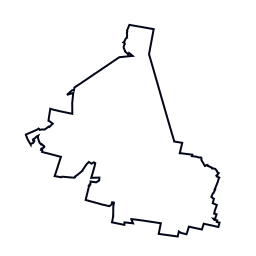 El Llano, Aguascalientes, Mexico (Natural Earth projection), rotated 276°
{"feature_id": "50627088B57230775493206", "entity_name": "El Llano", "entity_type": "district", "adm_level": 2, "iso_a3": "MEX", "parent_name": "Mexico", "parent_adm1": "Aguascalientes", "projection": "natural_earth1", "projection_center": [-102.052, 21.929], "detail": "fine", "context": "isolated", "style": "outline", "palette": "ink", "viewbox_px": 256, "rotation_deg": 276, "n_neighbors": 0, "source": "geoboundaries", "source_scale": "gbopen_adm2", "svg_char_len": 4320}
<svg xmlns="http://www.w3.org/2000/svg" viewBox="0 0 256 256"><g transform="rotate(276 128 128)"><path d="M92.6,222.9L93.0,221.8L94.3,221.0L95.7,219.9L96.5,218.9L96.7,216.7L97.1,215.9L97.1,215.6L97.3,215.3L97.2,215.3L97.4,215.1L98.0,213.5L98.5,211.7L98.8,211.7L99.0,210.7L99.5,210.7L99.0,209.3L98.9,209.3L98.5,209.0L98.3,208.8L98.2,208.5L103.8,204.4L104.5,204.2L105.0,204.4L105.7,204.1L106.3,203.7L106.1,201.3L106.5,200.0L106.6,199.4L106.7,194.5L108.2,194.7L108.4,184.0L108.3,182.1L118.9,183.5L119.4,175.4L119.5,175.4L132.1,170.2L133.5,169.6L157.4,159.9L159.6,159.0L185.6,148.5L203.6,141.2L229.0,143.2L230.7,118.6L224.7,116.8L223.7,117.3L222.6,116.9L221.4,117.2L221.0,117.3L219.3,117.5L218.6,117.3L217.8,117.6L217.7,117.3L217.1,116.9L216.3,116.2L213.6,115.4L213.1,114.8L212.6,114.4L212.1,115.7L212.0,115.8L211.8,115.8L211.2,116.1L210.8,115.8L208.4,115.2L208.1,115.2L206.8,115.5L204.8,116.8L204.7,116.8L204.3,117.0L203.9,117.0L201.6,120.1L201.4,120.3L201.0,120.4L200.8,120.6L202.7,121.2L200.2,125.1L197.5,112.0L193.0,106.6L180.6,91.9L177.6,88.3L165.7,74.2L162.7,70.5L159.6,70.3L159.8,68.6L158.1,67.0L154.6,63.8L157.1,69.9L146.9,69.9L142.8,70.4L139.3,70.8L136.3,71.1L137.6,58.2L138.7,49.9L139.0,48.7L128.7,48.2L126.8,48.2L126.6,49.1L124.5,52.7L122.2,50.8L120.7,49.6L121.1,48.8L119.3,47.1L117.7,45.1L117.6,42.6L116.9,40.5L117.1,40.3L117.2,40.2L117.4,40.1L117.5,40.0L117.6,39.8L117.9,39.4L118.1,39.0L117.9,38.8L117.3,38.4L115.1,34.8L112.5,30.1L112.0,29.2L110.8,27.1L110.4,27.2L106.1,29.4L101.3,33.0L101.5,33.0L101.8,33.0L102.1,33.1L102.3,33.3L102.5,33.7L102.6,33.9L102.7,34.2L102.8,34.4L102.9,34.8L103.2,35.2L103.4,35.3L103.5,35.3L103.8,35.5L104.0,35.6L104.3,35.6L104.4,35.8L104.5,35.8L104.8,35.9L105.1,35.8L105.2,36.0L105.3,36.2L105.5,36.2L105.7,35.9L105.7,35.7L105.7,35.2L105.8,35.0L105.8,34.9L106.0,34.8L106.3,34.8L106.5,34.8L106.8,34.9L107.0,35.0L107.2,35.3L107.3,35.4L107.4,35.5L107.6,35.8L107.8,36.1L108.0,36.3L108.1,36.5L108.3,36.7L108.4,36.8L108.5,36.8L108.7,37.0L109.0,37.1L109.2,37.3L109.3,37.4L109.4,37.5L109.5,37.6L109.6,37.8L109.8,37.9L110.1,38.2L110.3,38.4L110.3,38.5L110.5,38.9L110.7,39.2L110.9,39.5L110.6,39.4L109.6,39.3L109.0,39.5L108.4,39.6L107.9,39.8L107.3,40.2L106.1,40.5L105.8,40.7L105.5,40.9L104.9,41.2L104.4,41.4L104.1,41.6L103.9,41.8L103.7,42.1L103.6,42.3L103.4,42.6L103.3,42.9L103.1,43.4L102.8,43.2L102.7,43.1L102.5,43.3L102.5,43.5L102.6,43.8L102.5,44.0L102.4,44.2L102.5,44.3L102.4,44.4L102.4,44.5L102.2,44.8L102.1,45.0L101.8,45.2L101.7,45.3L101.7,45.7L101.6,45.8L101.5,46.0L101.4,46.2L101.3,46.3L101.2,46.3L101.1,46.2L100.9,46.3L100.8,46.6L100.7,46.7L100.4,46.5L100.2,46.5L100.1,46.4L99.9,46.2L99.7,46.2L99.4,46.0L99.3,45.8L99.2,45.7L99.1,45.4L99.0,45.2L98.9,45.1L98.8,44.8L98.8,44.7L98.7,44.4L98.6,44.2L98.4,43.9L97.5,43.8L97.6,44.0L97.5,44.3L97.5,44.5L97.4,44.8L97.2,44.9L97.2,45.0L96.7,45.1L95.2,45.0L94.6,48.9L94.3,51.3L92.3,64.3L78.0,61.3L72.5,60.1L72.0,66.8L72.7,67.6L72.9,79.3L72.9,79.6L73.1,79.9L73.4,80.3L73.5,80.5L73.8,80.6L74.2,80.4L75.7,82.2L75.9,82.4L80.4,86.9L80.5,86.8L87.8,90.7L90.1,92.6L88.7,95.5L90.3,97.6L89.6,99.1L86.0,98.7L77.5,97.2L74.6,96.6L75.7,104.7L72.8,104.8L70.6,102.0L70.7,99.8L70.8,99.7L70.7,99.3L70.9,96.4L67.8,96.4L67.7,95.9L67.7,95.6L67.4,95.5L66.9,95.9L66.7,95.9L66.3,95.2L66.2,95.3L52.0,93.4L49.6,108.0L49.2,110.0L49.0,112.0L48.8,113.7L48.7,114.5L48.6,115.2L48.3,117.6L50.1,119.6L52.5,120.0L52.3,121.8L47.7,121.6L43.3,122.1L38.5,122.4L38.5,122.5L34.0,122.1L32.5,121.9L31.3,134.5L33.8,134.4L33.7,143.0L37.6,140.8L37.8,140.8L37.5,153.1L36.7,170.6L25.9,169.6L25.3,188.8L30.4,189.4L29.1,191.9L29.0,193.2L28.5,197.3L32.5,198.2L32.9,198.2L33.5,198.3L34.8,198.6L36.3,198.9L36.0,201.0L35.8,203.1L35.7,203.2L35.7,203.9L35.5,205.4L34.8,212.1L40.7,213.3L40.5,215.1L40.0,219.8L39.8,221.7L39.3,225.5L39.0,228.2L40.5,228.5L42.0,228.7L42.3,228.7L43.5,228.9L43.8,226.2L45.4,226.4L45.6,223.5L46.7,222.4L46.6,224.2L49.1,224.6L51.5,225.1L51.7,223.9L51.7,223.7L51.9,222.6L54.8,223.0L56.3,223.3L59.2,224.1L60.7,224.4L62.1,220.1L64.9,220.6L65.7,220.6L66.1,220.6L66.6,220.8L67.4,219.3L68.2,218.1L68.9,218.3L70.8,218.9L71.6,219.1L72.5,219.7L72.5,219.9L75.9,221.1L76.0,220.6L78.1,221.3L83.1,222.7L83.9,222.9L84.0,223.0L86.3,223.3L86.7,223.4L88.2,224.0L89.0,221.6L89.5,221.9L90.0,221.0L91.1,221.9L91.2,222.0L91.7,222.3L92.6,222.9Z" fill="none" stroke="#020617" stroke-width="2"/></g></svg>